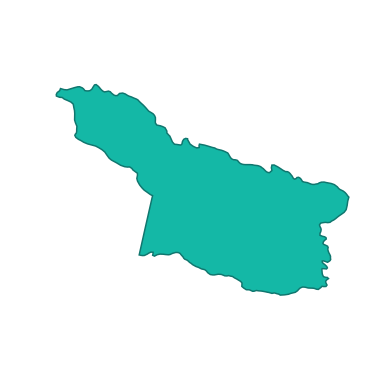 São Domingos do Capim, Pará, Brazil, rotated 103°
{"feature_id": "56859067B64109293374612", "entity_name": "São Domingos do Capim", "entity_type": "district", "adm_level": 2, "iso_a3": "BRA", "parent_name": "Brazil", "parent_adm1": "Pará", "projection": "equal_earth", "projection_center": [-47.789, -1.928], "detail": "fine", "context": "isolated", "style": "filled", "palette": "teal", "viewbox_px": 384, "rotation_deg": 103, "n_neighbors": 0, "source": "geoboundaries", "source_scale": "gbopen_adm2", "svg_char_len": 4614}
<svg xmlns="http://www.w3.org/2000/svg" viewBox="0 0 384 384"><g transform="rotate(103 192 192)"><path d="M265.2,229.3L265.2,227.3L265.0,225.6L264.5,224.0L263.5,222.8L262.6,221.6L261.5,220.6L259.8,218.5L259.5,216.3L261.0,216.1L262.5,216.1L262.9,214.1L260.9,211.8L259.7,209.2L259.1,206.0L258.9,203.8L258.5,201.0L257.9,199.4L256.1,197.1L254.5,194.1L254.1,191.7L254.5,189.8L255.6,188.5L257.3,186.1L258.4,185.1L259.1,183.9L259.3,182.4L259.7,180.9L260.5,179.6L261.2,178.3L261.8,176.6L262.6,175.2L263.7,171.4L264.0,168.6L264.8,165.6L264.8,162.2L265.7,160.2L267.1,158.5L268.3,155.6L268.1,152.9L267.7,151.4L266.2,147.9L265.7,144.9L266.3,141.1L265.9,139.0L265.2,137.5L265.3,135.8L265.2,133.5L266.1,131.3L266.7,128.9L267.5,126.5L268.2,124.4L269.5,122.8L272.8,122.2L274.0,119.9L274.5,118.5L275.0,117.1L274.7,115.6L274.4,114.0L275.1,110.6L274.7,109.2L273.5,107.2L273.3,104.8L272.9,102.1L272.8,100.6L272.7,98.1L272.7,96.2L272.6,94.4L272.7,92.9L272.8,91.3L271.8,89.0L272.0,86.4L272.0,84.5L272.6,82.8L271.4,78.7L269.9,74.9L268.6,73.0L266.5,68.8L264.4,66.9L263.1,66.3L261.1,64.9L259.7,62.9L259.3,60.3L259.4,57.2L258.6,53.0L258.4,51.3L258.7,48.9L258.5,47.0L256.0,44.9L254.6,44.1L254.5,42.2L253.9,40.2L252.3,39.5L250.3,41.2L248.8,41.7L247.1,40.8L245.7,39.5L244.8,40.9L245.1,42.6L244.9,44.8L243.8,45.8L242.7,46.5L241.2,47.1L239.9,47.5L238.8,47.9L237.4,48.0L237.0,45.8L236.7,43.6L235.5,43.0L234.2,44.0L233.0,46.0L232.2,47.7L231.4,49.1L230.0,49.6L229.5,48.4L229.7,46.5L230.0,44.1L228.9,43.0L227.7,42.0L226.5,41.7L225.3,42.2L223.4,42.6L221.9,43.7L220.3,45.1L218.9,46.0L217.8,46.6L216.7,46.9L215.6,46.8L214.3,47.7L213.8,49.8L213.4,51.9L212.6,52.9L210.7,52.7L209.0,51.7L207.6,50.6L206.3,51.2L205.8,52.8L205.8,54.9L205.4,57.6L203.6,58.0L201.6,57.6L199.7,57.7L198.3,58.3L196.7,59.7L195.3,60.4L193.4,59.6L192.7,58.2L191.6,55.3L191.3,52.8L190.5,50.7L188.9,49.4L187.4,47.6L185.7,46.1L183.7,44.6L181.9,43.1L180.2,41.5L177.6,39.2L174.5,37.8L170.2,37.8L165.8,38.2L161.7,38.0L160.9,39.2L159.3,41.0L158.1,42.7L157.1,44.8L156.6,46.9L156.2,48.6L155.5,50.0L154.3,51.5L152.8,54.9L152.4,58.1L152.5,60.7L152.6,63.2L152.6,65.5L153.3,68.1L154.5,70.1L155.6,71.1L156.4,73.1L157.1,74.5L157.5,76.3L157.5,77.9L156.9,81.6L157.1,85.1L156.9,86.7L154.9,88.7L154.1,90.0L153.7,91.5L154.3,93.0L155.4,93.5L156.4,94.9L155.9,96.3L154.8,97.3L153.9,98.1L153.0,99.3L152.0,100.5L151.1,102.0L150.7,103.5L151.1,105.5L150.3,108.5L149.5,110.5L148.2,114.1L147.6,116.4L147.2,118.1L147.8,120.2L150.6,120.1L152.0,119.4L153.2,119.0L154.6,120.1L155.7,120.8L155.9,122.4L155.5,124.1L154.3,126.1L153.2,127.8L152.7,129.1L151.9,130.7L151.6,132.4L151.5,133.9L151.9,137.4L151.9,139.3L152.2,141.2L153.3,146.0L153.6,147.9L153.6,149.8L153.3,151.4L152.5,152.9L151.6,154.0L150.9,155.2L150.9,157.2L151.2,158.8L150.9,160.4L150.0,162.0L148.9,163.1L147.7,164.2L146.8,165.0L145.9,166.0L145.2,169.1L144.9,170.8L144.7,172.7L144.7,176.3L144.6,177.8L144.0,179.7L144.0,182.3L143.7,186.6L143.5,190.2L143.7,195.5L145.0,195.6L147.0,195.0L148.0,197.2L147.5,200.0L147.0,201.7L145.7,204.7L144.1,206.1L142.2,207.9L141.1,208.3L141.2,210.2L142.5,211.9L144.3,212.5L145.5,212.7L147.2,212.5L148.8,213.5L149.1,217.6L149.4,219.8L147.7,222.3L145.8,223.7L144.2,224.9L142.5,226.2L141.8,227.4L140.1,229.8L138.3,230.2L135.5,232.7L134.9,235.2L134.6,237.7L134.7,241.3L133.1,243.1L132.0,243.5L129.7,243.9L127.7,244.4L125.8,245.8L124.5,247.6L123.8,249.7L122.9,252.5L120.1,256.3L118.2,259.2L117.0,261.4L116.3,262.6L115.5,263.9L114.4,265.5L113.9,267.3L113.5,270.0L113.0,272.4L112.7,275.4L112.1,277.4L111.5,279.0L111.2,281.8L112.3,284.8L113.7,285.7L114.8,286.4L115.3,288.2L115.1,289.9L113.8,292.6L112.7,294.2L112.5,296.1L113.5,298.2L114.2,299.9L113.7,301.7L113.0,303.0L112.0,304.5L111.0,305.7L110.0,307.2L108.9,309.6L109.6,311.1L111.8,311.9L114.3,312.7L116.0,314.0L116.7,315.3L117.2,317.3L117.3,319.2L115.9,320.9L115.2,322.4L114.7,325.2L115.3,327.2L116.7,329.9L120.6,336.7L121.0,339.6L120.8,343.4L123.0,343.7L125.4,345.7L127.5,346.2L129.0,345.7L129.5,342.4L129.1,339.7L130.2,337.4L130.9,333.4L131.6,330.2L133.1,327.5L136.8,325.9L139.1,324.8L142.0,323.9L148.2,322.6L150.8,321.1L152.8,319.7L153.9,318.9L156.7,318.5L158.9,318.0L160.9,318.0L161.9,318.7L163.2,318.9L164.9,317.5L166.2,314.6L166.9,311.7L167.9,308.7L168.6,304.6L168.9,296.3L169.8,292.8L171.1,289.0L172.7,285.9L175.1,283.3L177.7,280.3L179.0,277.7L180.6,271.9L182.0,267.6L182.5,263.4L182.2,260.4L181.6,258.4L182.6,255.8L183.7,254.7L185.2,251.3L186.0,249.4L188.0,248.9L191.2,248.8L193.7,247.5L196.8,244.7L198.1,243.1L199.4,241.4L200.9,239.1L202.5,235.2L203.9,231.9L204.4,229.6L235.0,229.5L236.3,229.5L265.2,229.3Z" fill="#14b8a6" stroke="#0f766e" stroke-width="1.5"/></g></svg>